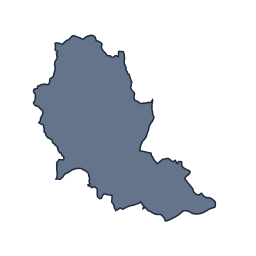 outline of Cao Phong, Hòa Bình, Vietnam, rotated 190°
{"feature_id": "81297802B52142956360096", "entity_name": "Cao Phong", "entity_type": "district", "adm_level": 2, "iso_a3": "VNM", "parent_name": "Vietnam", "parent_adm1": "Hòa Bình", "projection": "albers", "projection_center": [105.324, 20.689], "detail": "fine", "context": "isolated", "style": "filled", "palette": "slate", "viewbox_px": 256, "rotation_deg": 190, "n_neighbors": 0, "source": "geoboundaries", "source_scale": "gbopen_adm2", "svg_char_len": 5807}
<svg xmlns="http://www.w3.org/2000/svg" viewBox="0 0 256 256"><g transform="rotate(190 128 128)"><path d="M99.2,51.2L97.5,52.4L96.8,52.8L96.7,52.8L95.4,51.2L94.7,50.6L93.7,50.2L91.0,49.6L89.6,48.8L89.0,48.6L86.0,47.9L84.9,47.9L83.1,48.1L81.3,48.5L80.8,48.4L80.1,48.1L79.1,47.5L77.9,46.6L75.9,44.8L75.6,43.5L75.2,43.1L74.8,43.0L74.1,43.1L72.7,43.9L71.1,44.9L66.0,48.7L62.8,51.6L59.7,55.3L59.0,55.9L58.0,56.4L56.9,56.6L56.1,56.6L53.6,56.4L52.2,56.0L50.2,55.2L49.0,54.9L47.9,54.9L46.3,55.1L43.9,55.6L42.7,56.0L40.1,57.2L39.0,58.0L37.8,58.9L34.2,62.0L32.0,63.4L28.7,65.1L28.6,67.7L29.2,70.1L29.7,70.8L30.9,71.6L34.3,73.2L35.6,73.5L37.5,73.2L38.9,73.3L40.5,73.6L41.7,74.2L43.7,76.0L44.5,76.5L46.2,74.7L46.8,74.5L48.8,74.5L49.5,74.6L50.4,75.0L51.1,75.7L51.8,76.1L53.0,77.6L53.3,78.7L53.7,79.4L57.2,82.5L59.6,84.4L61.1,86.0L62.8,87.3L63.2,87.8L63.3,88.4L62.8,89.6L62.3,90.4L59.7,93.4L59.3,94.9L59.2,95.8L60.2,96.5L65.2,97.9L66.7,98.7L67.7,99.4L68.1,100.0L69.1,102.0L68.9,103.1L69.2,103.8L69.6,104.1L71.9,103.9L72.5,103.5L72.7,103.1L72.8,102.7L72.8,101.7L73.1,101.4L73.4,101.5L74.7,102.6L75.7,104.3L75.9,104.2L77.9,102.8L78.3,102.7L78.9,102.8L82.0,104.7L83.0,105.0L84.3,104.8L88.6,103.0L93.1,97.9L97.7,102.1L99.1,104.3L100.1,104.5L100.9,107.2L112.5,107.7L112.5,112.3L112.4,113.6L112.0,114.9L111.6,116.9L110.8,118.4L109.8,119.7L109.2,121.1L108.6,122.2L108.0,127.2L107.5,129.2L107.5,132.1L107.2,134.2L106.2,136.9L105.3,138.8L104.7,140.4L104.3,142.1L104.5,143.3L104.7,143.8L105.6,145.2L106.4,146.7L106.5,147.1L106.4,147.2L108.0,151.6L108.0,153.2L108.5,154.8L108.4,157.5L108.6,159.9L108.8,160.1L109.2,158.6L109.7,157.6L110.0,157.2L110.4,157.0L112.8,156.7L114.3,155.6L116.0,155.5L116.7,155.4L117.9,154.9L118.8,154.4L119.2,154.3L121.1,154.6L122.4,155.5L123.0,155.8L123.8,156.1L125.3,156.1L125.6,156.3L126.4,157.1L127.4,158.4L127.6,163.5L130.0,165.2L131.6,166.9L132.4,167.7L132.5,168.0L132.2,170.3L132.4,171.0L132.4,171.6L132.3,172.9L132.1,173.6L134.1,176.7L136.2,181.1L137.5,181.4L137.9,181.7L138.3,182.9L138.6,183.4L139.7,184.4L140.1,185.2L140.2,186.2L140.4,187.0L141.9,189.6L142.9,190.8L143.0,191.3L143.4,193.0L143.4,195.1L143.9,197.6L144.2,198.6L145.2,201.2L145.8,202.1L146.0,202.3L146.7,202.3L150.5,201.8L149.9,196.8L150.0,196.4L150.3,196.4L152.0,197.2L152.9,197.0L153.7,196.5L155.0,194.9L155.3,194.8L155.7,194.8L156.4,195.0L158.2,196.0L158.8,196.0L159.6,195.7L160.3,195.6L161.0,195.8L161.7,196.3L163.1,197.7L165.4,199.3L166.1,200.0L167.3,201.2L168.1,202.3L168.2,202.7L168.2,205.9L168.4,206.6L168.7,206.9L170.9,207.7L172.1,208.3L172.9,208.4L174.1,208.1L176.1,211.7L176.7,212.3L177.5,212.6L179.4,213.0L180.0,213.0L182.0,212.3L183.4,211.6L185.1,210.4L186.2,209.4L187.1,208.2L187.6,207.9L188.1,207.7L188.7,207.7L189.7,208.0L191.1,208.4L195.7,209.2L197.2,209.5L198.5,209.3L198.8,209.1L200.6,206.3L201.5,205.0L202.9,204.0L203.7,203.5L204.8,202.3L205.9,200.8L206.8,199.2L207.0,199.0L207.8,199.0L210.0,199.5L211.1,199.5L213.3,199.4L213.8,199.1L214.4,199.0L214.5,198.4L214.3,197.7L213.9,196.9L213.6,196.0L213.4,192.6L213.2,192.1L212.8,191.7L211.8,191.6L211.3,191.4L210.9,191.1L210.7,190.7L210.6,190.2L210.8,189.8L211.5,189.1L210.9,188.3L210.7,187.9L210.8,187.3L210.6,186.2L209.9,185.6L209.8,185.3L210.2,183.7L211.2,181.5L211.4,180.6L211.5,179.8L211.4,178.6L211.3,177.7L210.6,176.4L210.6,175.3L210.2,174.7L210.0,174.3L209.9,173.8L210.7,165.4L210.9,165.1L211.7,164.4L213.2,163.2L213.5,161.7L213.2,160.4L213.1,159.8L213.2,159.1L213.8,157.6L214.4,156.7L217.6,156.8L218.5,156.6L220.0,155.8L220.7,155.8L221.1,155.6L222.2,154.7L223.8,153.7L224.2,153.5L224.1,151.8L224.2,151.4L227.0,150.0L227.2,149.8L227.4,149.5L227.4,147.8L227.3,147.5L226.9,146.7L225.6,145.7L225.2,145.2L224.9,144.0L224.8,142.9L224.3,141.4L224.5,140.6L224.5,140.0L224.4,139.2L224.4,138.5L225.4,137.0L225.2,135.9L225.2,135.7L223.8,134.5L222.9,133.8L220.7,133.7L220.1,133.5L219.3,133.0L217.1,131.3L216.2,130.9L215.2,130.3L214.5,128.9L214.4,128.2L214.6,125.8L215.8,122.8L215.8,122.2L215.6,120.6L215.6,120.0L215.8,119.4L216.8,117.8L216.7,117.6L214.3,116.8L212.8,116.5L212.1,116.2L211.7,115.9L211.4,115.2L211.2,114.2L210.4,112.7L210.3,112.0L210.3,111.0L210.1,110.1L209.8,109.6L209.3,109.1L208.1,108.3L208.0,108.1L207.8,107.0L207.2,106.1L206.6,105.6L205.9,105.2L205.3,104.5L204.8,104.2L203.9,104.2L201.8,103.5L200.9,102.9L200.1,101.7L200.0,101.0L199.8,100.6L197.9,99.6L197.0,98.7L194.6,97.5L193.7,96.6L193.6,96.4L194.0,96.1L194.0,95.7L193.0,94.9L192.9,93.9L192.5,93.3L191.4,92.5L191.3,92.3L191.3,92.0L191.1,91.8L190.8,91.7L189.9,91.8L189.5,91.7L188.3,89.8L187.4,89.1L186.5,88.6L186.0,87.9L185.9,86.7L186.0,85.6L186.1,85.4L190.5,84.9L190.7,84.1L191.0,83.5L191.4,82.9L192.2,81.2L192.0,80.3L191.6,79.4L191.5,79.0L191.7,78.2L191.6,77.7L191.2,76.7L191.1,75.3L190.0,71.6L189.5,68.7L189.6,66.9L190.0,65.2L188.8,65.5L186.0,65.7L184.8,66.9L183.6,68.8L182.4,71.4L181.9,71.9L181.3,72.4L180.2,73.0L175.5,77.2L174.2,78.0L171.7,79.1L168.0,80.0L166.5,79.8L164.7,79.0L163.2,78.7L160.7,77.6L159.4,76.6L158.8,75.7L158.4,74.3L158.1,73.7L157.8,73.3L157.7,72.8L157.2,72.1L157.0,71.8L157.1,70.7L156.9,70.1L157.2,69.1L156.9,68.5L156.3,67.5L156.1,67.0L156.1,66.4L157.6,65.0L157.2,64.3L156.9,64.0L156.5,64.0L156.1,64.2L155.3,64.7L155.1,64.8L154.7,64.5L154.3,63.4L153.9,63.1L153.4,62.9L152.5,63.6L151.7,63.9L150.6,64.1L149.5,63.7L148.5,63.1L147.7,62.5L146.9,57.8L146.3,55.5L146.0,55.0L144.2,53.8L143.7,53.6L143.0,53.6L142.5,53.8L142.0,54.3L141.2,57.3L140.4,58.8L139.9,59.0L138.4,58.8L135.8,58.9L131.9,58.7L131.6,56.6L131.3,52.6L130.9,52.0L128.8,49.9L127.2,46.4L126.1,45.4L125.6,44.5L121.9,47.8L121.2,48.0L120.0,47.2L119.6,47.2L119.0,47.3L118.3,47.6L117.4,48.3L115.9,49.8L114.2,50.6L113.6,51.2L110.9,52.4L109.0,53.0L107.7,53.9L103.5,56.2L103.3,56.6L103.1,57.5L102.3,57.1L101.8,56.7L100.5,55.1L99.3,54.1L98.6,53.7L99.1,52.4L99.2,51.2Z" fill="#64748b" stroke="#1e293b" stroke-width="1.5"/></g></svg>